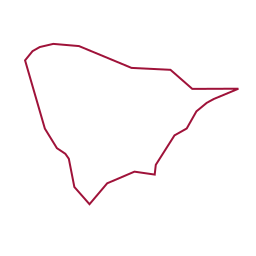 Rogaška Slatina, Albers equal-area conic projection, rotated 4°
{"feature_id": "SVN-982", "entity_name": "Rogaška Slatina", "entity_type": "Municipality", "adm_level": 1, "iso_a3": "SVN", "parent_name": "Slovenia", "parent_adm1": "", "projection": "albers", "projection_center": [15.648, 46.24], "detail": "fine", "context": "isolated", "style": "outline", "palette": "rose", "viewbox_px": 256, "rotation_deg": 4, "n_neighbors": 0, "source": "natural_earth", "source_scale": "10m", "svg_char_len": 465}
<svg xmlns="http://www.w3.org/2000/svg" viewBox="0 0 256 256"><g transform="rotate(4 128 128)"><path d="M157.9,172.6L137.5,171.1L111.1,184.6L94.9,206.7L94.3,206.1L78.6,190.6L71.1,162.8L67.3,158.1L58.5,153.1L45.1,134.4L20.6,67.7L27.4,58.0L34.3,53.4L47.6,49.3L73.4,49.7L127.3,67.8L166.3,67.0L189.4,84.5L235.4,81.1L211.5,93.1L204.8,97.4L195.1,106.6L186.6,124.4L174.9,132.1L158.3,162.8L157.9,172.1L157.9,172.6Z" fill="none" stroke="#9f1239" stroke-width="2"/></g></svg>